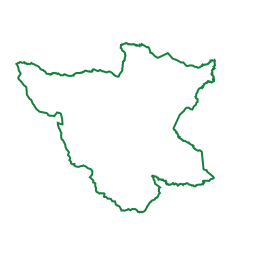 the district of Marrupa, Niassa, Mozambique, rotated 259°
{"feature_id": "85939544B26738067837562", "entity_name": "Marrupa", "entity_type": "district", "adm_level": 2, "iso_a3": "MOZ", "parent_name": "Mozambique", "parent_adm1": "Niassa", "projection": "orthographic", "projection_center": [37.58, -13.04], "detail": "fine", "context": "isolated", "style": "outline", "palette": "green", "viewbox_px": 256, "rotation_deg": 259, "n_neighbors": 0, "source": "geoboundaries", "source_scale": "gbopen_adm2", "svg_char_len": 5851}
<svg xmlns="http://www.w3.org/2000/svg" viewBox="0 0 256 256"><g transform="rotate(259 128 128)"><path d="M210.7,136.9L208.0,136.1L207.5,136.8L205.4,137.0L203.6,138.7L202.1,139.4L200.9,139.4L200.5,139.1L199.5,139.4L196.8,138.0L195.5,137.9L195.1,137.0L194.4,136.9L194.4,136.3L193.9,135.6L191.9,135.4L191.0,134.7L189.4,134.6L187.2,133.5L186.4,133.7L185.3,133.2L182.1,129.7L180.4,128.8L180.3,128.1L181.0,126.3L182.6,124.5L183.3,124.4L184.0,123.6L185.2,122.9L187.0,120.7L187.0,119.0L186.6,117.7L188.4,114.5L188.5,113.6L190.2,111.8L190.3,111.1L189.6,110.1L189.5,109.4L192.2,105.6L192.2,104.8L191.6,104.5L191.4,103.8L190.4,103.8L190.1,102.8L190.4,101.9L191.1,101.2L190.8,100.4L192.5,97.1L192.3,96.3L191.6,95.4L191.7,94.3L191.0,93.5L191.4,92.8L191.1,91.5L191.9,87.9L190.7,84.8L189.8,84.6L190.1,83.6L189.9,83.0L190.3,80.5L191.2,78.2L191.9,77.6L192.2,76.5L192.8,76.2L192.9,75.6L192.1,74.3L192.5,73.2L192.4,72.2L194.8,70.0L194.4,69.1L195.4,68.3L195.6,67.1L196.1,66.7L196.3,64.5L196.1,63.9L195.7,64.1L195.4,63.4L195.6,62.6L195.2,62.5L195.1,62.1L196.2,60.8L196.8,58.5L198.2,57.7L199.2,57.6L200.0,56.4L201.2,55.7L201.3,54.9L202.4,53.4L204.6,52.5L205.7,51.6L206.4,50.8L207.2,49.2L208.2,48.4L209.2,46.6L210.3,45.6L209.7,45.0L209.5,43.5L210.0,42.5L209.8,41.8L210.2,40.8L210.9,40.6L211.1,39.2L212.4,38.8L212.0,37.0L213.4,34.6L212.7,33.5L212.9,32.8L212.1,30.7L211.1,31.3L208.6,31.8L205.2,31.8L202.3,33.0L201.3,32.6L198.7,30.0L197.1,29.9L193.4,32.3L190.1,33.8L187.5,36.0L179.9,35.1L175.2,37.1L174.1,38.4L170.2,39.1L168.1,40.2L164.2,41.6L160.9,44.3L158.2,50.9L157.1,51.9L155.7,52.2L155.0,53.6L154.2,57.1L153.7,57.9L156.8,61.4L155.5,64.1L154.8,64.8L149.4,65.1L144.1,64.4L144.6,62.8L146.5,60.1L145.2,59.9L140.9,60.1L139.8,60.8L138.2,60.9L135.8,61.7L133.4,60.9L129.9,60.6L128.6,61.7L126.6,62.4L123.3,63.3L121.4,63.0L119.1,63.5L116.5,65.0L115.3,65.3L112.7,63.9L111.6,64.9L110.7,65.2L109.0,65.4L107.6,64.4L106.1,65.5L104.4,65.3L103.1,66.3L102.9,68.5L101.6,68.1L100.5,68.9L99.2,72.0L99.6,73.9L99.5,76.1L99.8,77.1L97.9,79.6L96.1,81.0L94.8,83.5L92.5,84.8L89.1,83.9L87.0,81.2L83.2,83.9L81.2,83.4L80.7,84.5L79.8,85.4L78.1,84.9L76.1,84.8L75.4,85.3L73.3,84.6L71.6,84.8L71.0,85.2L70.4,86.4L69.0,87.5L69.3,88.9L68.8,89.8L68.5,91.9L67.9,92.4L65.3,91.3L64.8,91.5L64.7,93.2L62.5,94.6L61.8,97.6L59.1,98.6L58.4,101.3L55.2,101.4L54.5,102.4L53.8,102.8L53.6,103.6L52.5,104.7L48.8,105.8L48.2,105.8L48.1,107.6L47.5,108.6L47.9,111.9L48.4,112.8L46.8,114.8L47.8,116.8L47.2,117.9L47.2,119.4L45.7,121.0L43.6,121.8L43.6,123.0L43.0,123.4L43.3,124.1L43.2,125.1L42.6,125.8L43.3,128.5L45.8,130.9L47.2,131.7L49.0,133.8L49.8,134.1L51.1,135.9L51.2,136.7L52.1,137.3L52.8,140.7L54.0,141.6L53.9,142.9L54.6,143.4L54.8,144.1L57.1,145.5L58.1,146.9L59.9,146.2L60.4,146.5L62.2,146.6L62.8,146.9L63.5,148.2L68.2,143.9L70.9,144.0L72.4,143.3L74.4,143.4L76.1,142.5L76.5,143.0L76.3,143.6L75.8,143.3L75.4,143.6L75.2,146.1L73.5,147.4L73.4,148.0L72.4,148.4L71.9,148.0L71.5,148.1L71.7,148.6L71.4,150.2L70.8,150.8L70.8,151.8L70.4,151.6L70.2,152.6L69.0,153.3L69.1,154.9L68.0,155.3L67.6,154.9L66.6,155.4L66.2,154.8L65.2,155.4L65.2,156.4L64.6,156.8L64.8,157.4L64.3,157.9L64.5,160.1L65.3,161.3L65.3,161.8L63.9,162.3L63.7,162.8L63.9,163.6L64.4,163.9L63.7,165.2L61.9,165.8L62.1,166.6L62.9,167.3L63.1,168.0L62.9,170.1L61.5,171.3L62.4,172.3L62.1,173.2L62.6,174.9L62.2,176.1L61.2,176.7L59.9,179.1L59.2,179.7L59.4,180.8L59.0,181.4L58.3,181.6L57.9,182.5L58.1,183.5L58.8,183.9L59.0,186.5L58.4,188.8L59.0,190.2L58.4,190.8L59.0,191.2L59.8,192.5L60.2,192.4L61.1,191.3L61.5,191.4L61.8,192.1L61.0,196.4L60.5,197.5L62.0,199.3L62.1,201.6L62.5,202.6L63.0,202.7L64.1,202.2L70.2,197.2L71.3,197.3L72.6,194.8L73.4,194.3L90.6,195.9L92.4,194.3L92.5,193.4L92.2,193.0L92.4,192.3L94.6,189.6L95.0,189.7L95.8,188.7L97.3,188.3L97.5,188.3L97.5,188.8L98.2,188.9L100.0,186.2L101.5,185.3L101.6,184.8L102.3,184.4L102.3,183.8L104.4,181.5L104.8,179.8L105.4,179.7L106.1,178.6L106.8,178.5L108.2,176.6L108.5,176.8L109.3,176.0L109.7,176.6L110.3,175.6L111.3,175.9L113.0,175.5L114.1,174.5L114.7,174.9L115.1,174.2L116.4,174.2L117.7,172.8L119.1,172.7L131.2,181.4L134.1,186.2L136.2,188.2L136.7,189.5L136.4,191.5L134.7,192.9L133.9,194.5L134.3,195.1L136.5,196.6L138.0,199.2L140.1,200.2L140.2,201.1L141.6,201.6L143.3,201.7L143.9,200.6L146.0,200.2L146.3,201.0L148.4,201.5L149.6,202.8L151.4,203.7L153.0,205.2L153.6,206.8L153.3,207.3L153.7,207.9L153.1,208.5L153.6,209.0L154.2,208.9L154.1,209.3L154.8,209.5L154.7,209.9L155.7,210.7L156.5,210.7L156.5,211.3L157.5,213.2L157.2,213.6L157.2,214.1L158.2,214.7L158.8,215.5L158.5,216.3L157.6,216.5L157.7,217.9L157.0,218.2L156.7,218.7L157.6,221.4L158.5,221.7L158.9,220.7L159.8,220.7L160.2,220.9L159.8,221.4L159.9,221.7L162.2,221.8L163.3,221.1L164.4,221.2L164.4,220.3L164.9,220.2L165.6,220.4L166.6,221.5L168.5,221.4L169.0,222.4L169.8,222.7L169.4,223.5L169.9,224.4L171.0,224.3L171.9,223.7L173.0,225.5L173.8,225.2L174.9,225.5L175.8,225.3L177.1,226.1L178.2,225.9L177.8,225.3L178.0,223.9L178.5,223.6L178.2,223.0L178.5,221.8L177.1,221.6L177.1,220.6L175.7,219.3L175.9,218.6L175.4,217.9L175.3,216.6L175.6,216.1L175.7,215.1L175.3,214.4L175.4,213.8L176.1,213.4L175.7,212.8L174.6,212.5L174.5,210.9L173.8,210.1L173.8,209.0L173.9,207.8L174.8,207.2L175.5,204.9L176.8,203.8L177.6,201.0L177.5,197.7L178.4,196.8L181.8,194.8L182.2,192.6L185.5,188.7L187.5,185.2L193.9,181.4L191.2,170.9L191.9,169.7L193.7,167.8L196.2,166.4L196.7,165.7L197.2,165.7L197.7,164.2L199.1,164.4L202.2,164.0L203.3,163.4L203.7,163.1L203.6,162.0L207.6,157.7L207.3,157.6L207.3,157.0L206.8,157.1L206.6,156.8L206.9,156.3L206.8,155.6L207.2,155.3L206.3,155.0L206.8,154.6L206.9,153.4L207.3,153.2L207.2,152.2L208.0,152.2L208.3,151.4L208.0,150.8L208.9,150.1L208.8,149.8L209.4,149.1L209.2,147.4L209.7,146.8L209.7,145.8L210.4,144.9L210.1,144.2L211.3,143.3L211.8,142.1L211.3,141.2L211.5,140.1L210.8,138.6L211.2,138.0L210.5,137.3L210.7,136.9Z" fill="none" stroke="#15803d" stroke-width="2"/></g></svg>